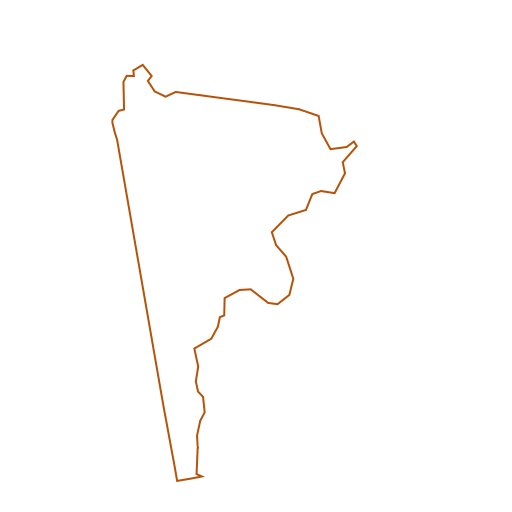 Northampton, North Carolina, United States of America, rotated 260°
{"feature_id": "52423323B28238125667725", "entity_name": "Northampton", "entity_type": "district", "adm_level": 2, "iso_a3": "USA", "parent_name": "United States of America", "parent_adm1": "North Carolina", "projection": "natural_earth1", "projection_center": [-77.477, 36.356], "detail": "fine", "context": "isolated", "style": "outline", "palette": "amber", "viewbox_px": 512, "rotation_deg": 260, "n_neighbors": 0, "source": "geoboundaries", "source_scale": "gbopen_adm2", "svg_char_len": 1062}
<svg xmlns="http://www.w3.org/2000/svg" viewBox="0 0 512 512"><g transform="rotate(260 256 256)"><path d="M48.3,164.4L51.6,159.6L76.5,165.1L76.8,165.4L77.2,165.6L77.4,165.6L77.5,165.5L77.8,165.4L89.2,166.7L103.3,172.4L110.9,178.3L126.5,179.4L132.5,175.4L143.0,175.0L157.2,179.9L175.6,179.2L182.3,197.6L193.0,206.2L202.1,209.8L203.0,214.4L220.0,217.8L225.4,233.9L224.1,245.0L207.7,259.8L204.8,268.8L211.9,282.1L227.1,288.8L250.0,285.6L263.2,277.7L276.7,275.7L290.3,294.8L292.7,313.2L307.2,322.2L308.7,331.3L304.2,344.3L322.0,358.0L333.3,357.7L346.7,374.3L351.7,372.3L347.6,364.2L348.3,347.9L365.4,342.1L383.0,342.0L392.8,324.3L393.2,323.9L393.1,323.7L401.5,299.9L401.9,298.6L430.9,207.3L431.5,205.5L428.6,194.6L435.7,184.8L447.2,179.9L451.4,184.5L463.9,177.6L460.0,167.4L454.4,167.0L455.9,159.9L450.5,155.7L423.2,151.5L422.8,145.9L415.0,138.3L414.9,138.3L412.4,137.7L402.1,138.4L394.7,139.4L348.9,139.3L123.0,138.8L114.3,138.9L64.0,139.3L60.4,139.3L56.9,139.3L48.2,139.3L48.1,152.4L48.1,154.8L48.3,164.4Z" fill="none" stroke="#b45309" stroke-width="2"/></g></svg>